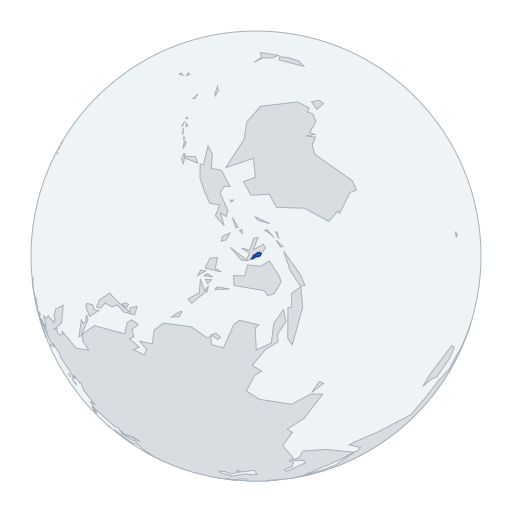 Sulawesi Barat highlighted on a globe, orthographic projection, rotated 230°
{"feature_id": "IDN-1237", "entity_name": "Sulawesi Barat", "entity_type": "Province", "adm_level": 1, "iso_a3": "IDN", "parent_name": "Indonesia", "parent_adm1": "", "projection": "orthographic", "projection_center": [119.342, -2.204], "detail": "fine", "context": "on_globe", "style": "filled", "palette": "blue", "viewbox_px": 512, "rotation_deg": 230, "n_neighbors": 0, "source": "natural_earth", "source_scale": "10m", "svg_char_len": 8802}
<svg xmlns="http://www.w3.org/2000/svg" viewBox="0 0 512 512"><g transform="rotate(230 256 256)"><circle cx="256" cy="256" r="225" fill="#eef3f6" stroke="#a8b0b8"/><path d="M444.7,314.2L444.4,315.9L444.2,316.1L444.7,314.2ZM371.7,62.7L380.8,68.7L383.2,71.7L375.9,65.4L371.6,62.7L370.9,62.8L366.3,60.2L363.3,59.0L357.9,56.0L354.0,53.4L350.5,51.7L350.2,52.0L344.5,49.8L345.5,49.5L335.8,45.9L328.0,42.6L343.1,48.2L357.6,54.9L371.7,62.7ZM468.3,182.3L466.5,177.3L467.8,180.2L468.3,182.3ZM465.2,174.4L465.8,176.1L465.2,174.7L465.2,174.4ZM464.6,173.6L465.0,174.2L464.8,174.0L464.6,173.6ZM464.1,173.1L464.3,173.2L464.4,173.4L464.1,173.1ZM462.6,170.9L462.1,170.2L462.2,169.7L462.6,170.9ZM378.1,66.7L378.4,66.9L376.9,65.9L378.1,66.7ZM363.8,59.4L365.3,60.4L363.1,59.4L363.8,59.4ZM352.9,54.2L348.9,52.7L352.3,53.7L352.9,54.2ZM346.1,51.5L336.5,48.5L339.1,50.2L326.5,44.4L338.8,48.4L342.6,49.2L342.9,49.9L346.1,51.5ZM321.1,42.0L318.2,41.1L320.5,41.5L321.1,42.0ZM62.8,140.1L63.4,139.6L76.5,120.8L75.5,121.2L86.9,107.2L89.1,104.8L91.2,105.4L94.0,102.2L98.7,95.4L105.3,89.7L101.0,92.7L98.2,95.8L95.4,98.1L97.8,95.6L100.1,93.4L100.8,92.7L115.3,80.1L130.8,68.7L147.2,58.7L164.4,50.2L157.6,53.4L162.2,51.2L160.6,52.1L168.3,48.8L167.6,49.4L176.2,45.7L176.1,46.0L170.7,48.3L182.0,44.8L184.2,45.2L187.2,44.3L189.6,43.1L190.8,45.1L192.9,44.4L193.3,43.4L197.8,41.4L206.1,39.0L206.1,39.8L203.1,40.8L196.7,44.5L188.7,47.5L189.5,47.7L196.5,45.3L204.2,40.7L209.2,39.1L206.4,40.9L207.8,40.1L210.3,39.6L212.7,40.1L216.2,38.1L243.6,34.3L251.0,35.6L245.4,37.1L264.5,37.7L271.3,40.6L271.7,39.5L281.1,40.0L279.1,38.9L279.9,38.5L303.1,41.1L308.5,43.0L318.9,44.3L319.1,43.9L315.7,42.5L326.5,44.4L339.1,50.2L338.0,50.7L346.6,54.7L342.9,55.5L343.8,58.5L334.8,58.2L336.4,61.2L339.6,62.6L344.1,68.3L342.2,76.7L329.6,63.9L329.6,53.4L328.4,56.8L324.4,54.5L321.4,55.0L320.9,57.9L323.4,59.1L301.0,58.9L291.4,67.4L302.3,68.7L307.8,73.1L306.4,87.6L280.7,105.4L287.7,114.4L287.2,119.6L279.1,121.8L279.6,114.0L272.6,110.3L274.1,106.0L261.2,107.9L262.8,101.9L252.0,107.0L254.7,112.2L265.4,112.2L255.4,120.1L264.6,130.4L264.1,141.9L243.5,160.9L224.8,165.9L223.3,169.7L216.7,164.8L206.6,172.0L217.9,195.4L217.2,202.1L201.4,214.0L201.3,209.0L183.8,195.8L179.5,211.8L192.8,226.1L197.3,242.6L186.6,236.9L182.2,222.5L176.0,217.5L178.4,203.4L174.6,182.8L164.0,186.3L165.5,178.2L158.7,161.8L143.8,166.7L119.6,187.9L115.1,209.0L107.3,218.4L100.7,188.2L103.3,168.5L97.5,170.5L93.6,154.6L76.9,154.6L77.6,149.8L73.8,152.3L71.6,147.9L73.9,140.3L71.1,141.1L65.8,161.3L69.2,160.7L76.2,152.4L73.8,159.9L76.4,166.5L62.5,185.7L42.8,204.7L46.1,189.1L58.0,149.4L60.6,144.9L60.9,144.4L61.3,143.5L57.1,150.9L60.9,143.5L48.9,170.6L44.7,183.0L42.5,205.7L41.4,208.3L42.3,213.0L51.4,206.0L50.3,211.3L42.8,236.7L34.8,272.9L38.9,296.4L43.4,316.9L45.0,331.4L51.6,347.2L53.4,353.3L57.9,362.3L63.2,372.3L66.2,377.4L57.8,363.0L50.4,348.1L44.2,332.6L39.1,316.8L35.2,300.6L32.5,284.2L31.0,267.6L30.8,250.9L31.8,234.3L34.0,217.8L37.4,201.5L42.0,185.5L47.8,169.9L54.8,154.7L62.8,140.1ZM177.2,44.9L171.4,47.4L165.5,49.8L166.5,49.3L177.2,44.9ZM88.1,116.4L92.8,117.0L99.9,106.1L102.3,105.7L103.8,102.4L100.4,105.3L105.4,96.6L110.8,93.7L114.9,89.4L113.5,89.0L102.9,96.1L95.5,108.2L90.6,112.6L88.1,116.4ZM73.8,124.1L70.9,127.8L71.9,126.2L72.7,125.2L73.8,124.1ZM141.3,421.3L146.0,424.0L143.6,424.3L141.3,421.3ZM53.2,312.1L61.5,348.5L58.5,349.1L53.3,338.6L47.2,316.7L49.1,310.1L48.8,300.1L53.2,312.1ZM254.5,284.8L261.6,286.4L261.3,287.5L254.5,284.8ZM247.2,280.5L255.2,281.5L245.9,282.8L247.2,280.5ZM258.3,281.9L266.4,280.6L269.9,279.1L269.3,281.3L258.3,281.9ZM241.9,280.2L213.2,278.0L202.0,274.5L204.5,270.7L222.6,272.8L241.9,280.2ZM203.6,270.6L186.7,258.8L164.6,226.6L172.5,227.4L195.8,247.2L194.3,250.5L204.5,259.6L203.6,270.6ZM245.1,253.2L243.5,263.1L227.5,261.1L220.3,259.0L215.4,245.8L218.1,239.6L224.0,240.2L247.4,220.3L255.4,226.2L248.0,234.7L254.6,243.8L245.1,253.2ZM115.7,211.0L119.1,223.8L115.0,225.9L115.7,211.0ZM257.3,206.3L247.6,214.7L256.7,203.1L257.3,206.3ZM263.0,195.3L263.4,199.9L259.8,195.2L263.0,195.3ZM222.6,175.8L216.4,176.5L216.5,173.3L224.5,170.7L222.6,175.8ZM263.7,152.0L262.6,160.8L261.1,163.7L258.8,158.1L263.7,152.0ZM214.2,36.1L202.8,38.1L194.7,40.3L190.4,42.2L191.6,40.9L204.0,37.5L214.2,36.1ZM240.0,34.2L243.6,33.2L245.4,33.6L244.7,33.9L240.0,34.2ZM239.8,33.6L238.2,32.8L242.4,32.3L242.9,33.0L239.8,33.6ZM222.3,33.3L218.9,33.8L220.5,33.5L222.3,33.3ZM391.4,399.6L393.5,402.2L387.0,408.3L378.3,413.9L370.6,414.5L391.4,399.6ZM329.4,405.5L329.3,396.9L338.4,397.6L334.5,404.6L329.4,405.5ZM397.5,395.3L403.3,388.8L405.6,379.1L404.7,388.3L409.1,390.1L395.3,402.1L397.5,395.3ZM295.9,366.4L251.8,378.2L242.0,375.4L244.2,368.7L234.8,347.4L238.0,348.0L235.7,334.1L261.6,323.7L280.1,303.0L294.8,305.9L305.8,291.2L321.0,294.2L316.6,306.2L332.5,316.8L343.1,289.8L352.9,321.8L364.5,335.0L367.8,355.7L347.2,386.9L335.4,391.8L333.1,388.1L328.1,390.9L320.5,388.3L316.1,376.4L311.3,379.2L315.9,371.4L308.9,378.0L304.9,370.3L295.9,366.4ZM404.8,327.6L407.0,329.0L410.5,335.5L406.9,333.6L404.8,327.6ZM439.0,318.9L439.9,321.9L437.6,321.8L439.0,318.9ZM444.2,316.1L441.5,316.2L444.7,314.2L444.2,316.1ZM416.7,312.1L417.8,314.3L416.9,314.8L416.7,312.1ZM415.8,311.2L417.2,308.4L417.0,311.5L415.8,311.2ZM405.1,292.0L406.4,290.7L407.1,292.1L405.1,292.0ZM271.9,287.5L281.6,280.5L287.0,280.4L271.9,287.5ZM403.1,288.2L399.6,287.2L400.0,285.6L403.1,288.2ZM403.3,284.5L402.9,282.1L405.1,287.9L403.3,284.5ZM396.7,278.0L400.9,282.9L396.2,278.4L396.7,278.0ZM394.2,278.0L391.1,275.7L391.3,275.0L394.2,278.0ZM359.8,274.7L371.2,290.1L362.1,288.1L351.8,278.1L343.9,284.6L325.9,280.8L329.9,276.6L327.5,269.0L309.0,263.7L305.3,258.6L311.8,256.3L299.7,251.2L312.9,250.7L318.4,260.9L326.0,254.5L339.1,258.2L351.9,263.3L362.2,272.3L359.8,274.7ZM313.1,271.8L315.4,272.1L313.4,274.7L313.1,271.8ZM385.2,269.1L389.7,274.7L389.2,275.8L387.0,274.6L385.2,269.1ZM364.6,271.0L375.7,265.0L378.3,265.7L371.0,273.4L364.6,271.0ZM373.0,259.4L378.2,261.5L380.9,266.5L379.9,267.5L373.0,259.4ZM286.0,259.7L285.5,262.3L282.0,259.9L286.0,259.7ZM290.4,258.6L300.8,262.7L289.5,260.8L290.4,258.6ZM259.3,246.4L262.3,252.9L271.7,249.8L264.5,254.8L271.0,265.8L268.9,269.5L262.4,257.7L260.3,269.1L256.1,268.5L253.7,258.4L257.9,246.7L262.1,242.2L279.1,241.8L259.3,246.4ZM290.3,251.0L287.6,243.4L289.6,238.9L292.6,243.0L290.3,251.0ZM279.6,225.5L272.6,216.8L266.1,219.2L279.5,209.3L284.0,219.3L279.6,225.5ZM273.9,207.3L267.8,209.5L274.2,203.7L273.9,207.3ZM266.3,206.7L265.8,201.1L270.5,202.3L266.3,206.7ZM277.1,207.9L278.5,198.7L280.8,204.4L277.1,207.9ZM264.2,188.9L274.2,198.7L260.9,193.7L261.1,176.3L266.8,176.4L264.2,188.9ZM300.8,127.3L299.8,122.9L305.2,122.7L304.3,125.7L300.8,127.3ZM321.8,119.8L306.3,121.3L293.7,123.4L297.3,125.8L294.0,132.7L288.9,125.3L298.2,118.6L307.6,118.4L309.5,113.0L316.8,110.3L316.1,103.4L319.4,101.2L322.9,107.6L321.8,119.8ZM315.3,100.6L316.7,89.7L326.5,93.0L328.4,96.1L323.7,99.5L318.8,97.5L315.3,100.6ZM319.9,88.2L315.2,86.4L307.2,70.7L307.9,68.4L319.2,81.0L315.3,80.2L315.6,83.7L319.9,88.2ZM318.8,41.6L318.3,41.2L320.5,42.0L318.8,41.6ZM278.6,38.0L280.2,37.5L282.7,38.2L278.6,38.0ZM286.0,36.9L282.0,36.4L286.2,36.6L286.0,36.9ZM273.1,35.6L280.4,36.1L273.4,36.2L273.1,35.6Z" fill="#d9dde1" stroke="#a8b0b8" stroke-width="1"/><path d="M256.6,261.0L256.4,261.0L256.2,260.9L255.9,260.8L255.6,261.0L255.4,261.0L255.2,261.0L254.8,261.1L254.7,261.2L254.7,261.3L254.4,261.4L254.2,260.9L254.1,260.7L254.0,260.4L254.0,260.2L254.0,259.9L253.9,259.8L253.9,259.7L253.7,259.5L253.8,259.4L254.0,259.4L254.1,259.0L254.1,258.9L254.2,258.7L253.9,258.5L253.7,258.3L253.7,258.2L253.8,258.1L253.8,257.9L253.9,257.7L254.0,257.6L254.1,257.8L254.3,257.7L254.5,257.6L254.7,257.4L254.8,257.3L254.8,257.2L255.0,257.1L255.2,256.9L255.2,256.7L255.2,256.2L255.3,255.8L255.4,255.7L255.5,255.2L255.8,255.0L256.0,255.1L256.0,254.9L256.1,254.6L256.0,254.4L255.9,254.3L255.9,254.0L255.9,253.8L255.9,253.7L256.0,253.5L255.9,253.3L255.8,253.2L255.8,252.9L255.9,252.7L256.0,252.6L255.9,252.4L255.9,252.2L256.0,252.0L256.1,251.9L256.3,251.8L256.4,251.7L256.5,251.5L256.5,251.3L256.6,251.1L256.7,250.9L256.7,250.7L256.8,250.7L256.9,250.8L256.9,251.2L256.9,251.4L256.9,251.5L257.0,251.7L257.0,251.9L257.0,252.0L256.7,252.1L256.6,252.3L256.6,252.5L257.2,252.8L257.3,252.9L257.3,253.0L257.4,253.5L257.5,253.6L257.7,253.9L257.8,254.0L258.0,254.2L258.0,254.3L257.9,254.5L257.9,254.8L257.9,255.0L258.0,255.0L257.9,255.4L257.8,255.5L257.7,255.5L257.2,255.9L257.2,256.0L257.1,256.3L257.3,256.5L257.5,256.7L257.5,256.8L257.5,257.0L257.5,257.3L257.7,257.6L257.7,257.8L257.7,258.0L257.3,258.2L257.2,258.2L256.9,258.1L256.7,258.2L256.8,258.4L256.8,258.5L256.8,258.8L257.0,259.4L257.2,259.5L256.9,259.7L256.7,259.8L256.4,259.9L256.3,260.0L256.5,260.4L256.5,260.5L256.6,260.8L256.6,261.0L256.6,261.0Z" fill="#3b82f6" stroke="#1e3a8a" stroke-width="1.5"/></g></svg>